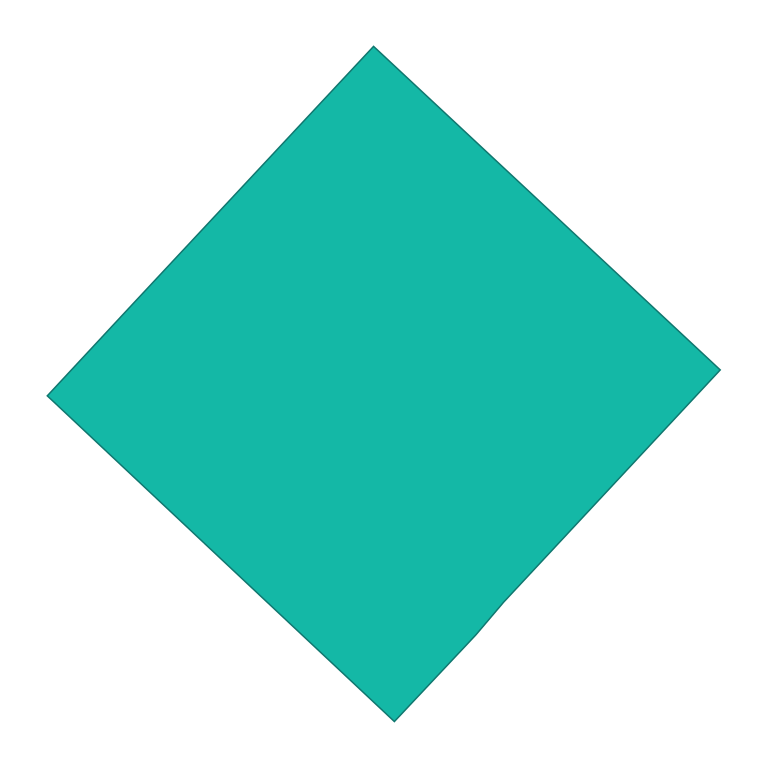 outline of McCook, South Dakota, United States of America, rotated 223°
{"feature_id": "52423323B83837312617941", "entity_name": "McCook", "entity_type": "district", "adm_level": 2, "iso_a3": "USA", "parent_name": "United States of America", "parent_adm1": "South Dakota", "projection": "mercator", "projection_center": [-97.372, 43.674], "detail": "fine", "context": "isolated", "style": "filled", "palette": "teal", "viewbox_px": 768, "rotation_deg": 223, "n_neighbors": 0, "source": "geoboundaries", "source_scale": "gbopen_adm2", "svg_char_len": 291}
<svg xmlns="http://www.w3.org/2000/svg" viewBox="0 0 768 768"><g transform="rotate(223 384 384)"><path d="M621.9,623.8L622.3,265.2L622.2,145.7L383.6,144.9L146.2,144.2L145.7,263.1L147.7,306.1L147.7,623.6L351.8,623.7L621.9,623.8Z" fill="#14b8a6" stroke="#0f766e" stroke-width="1.5"/></g></svg>